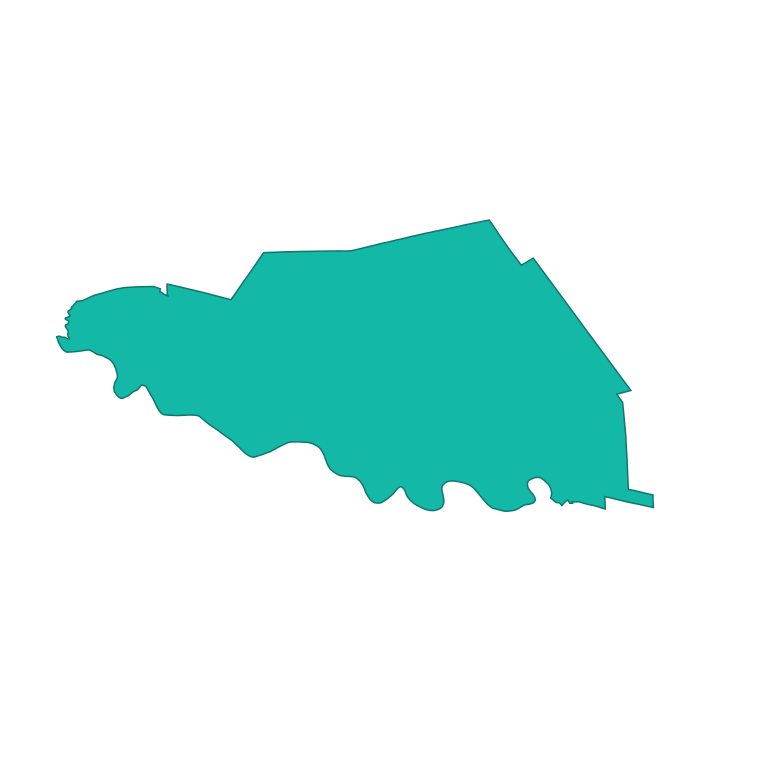 the district of Duc Hoa, Long An, Vietnam, rotated 313°
{"feature_id": "81297802B22890149890322", "entity_name": "Duc Hoa", "entity_type": "district", "adm_level": 2, "iso_a3": "VNM", "parent_name": "Vietnam", "parent_adm1": "Long An", "projection": "equal_earth", "projection_center": [106.359, 10.884], "detail": "fine", "context": "isolated", "style": "filled", "palette": "teal", "viewbox_px": 768, "rotation_deg": 313, "n_neighbors": 0, "source": "geoboundaries", "source_scale": "gbopen_adm2", "svg_char_len": 6027}
<svg xmlns="http://www.w3.org/2000/svg" viewBox="0 0 768 768"><g transform="rotate(313 384 384)"><path d="M486.3,656.4L486.2,656.2L482.8,650.4L478.7,643.1L477.1,640.3L473.6,634.5L485.9,622.0L486.2,621.7L489.9,617.9L492.7,615.0L493.4,614.4L493.5,614.4L497.0,610.7L501.9,605.5L507.9,599.3L510.2,597.1L511.5,595.5L512.5,594.4L513.4,593.5L516.5,590.0L519.6,586.4L521.9,583.9L522.9,582.8L526.2,579.1L527.6,577.6L533.2,571.1L535.3,561.2L547.6,569.0L561.0,497.0L569.8,450.2L577.8,407.3L564.5,403.4L565.7,396.7L567.4,387.0L569.1,378.4L571.7,366.6L573.9,357.4L574.0,356.9L574.2,356.1L575.6,349.1L571.4,346.0L568.2,343.8L563.6,340.4L555.6,334.7L554.9,334.2L550.3,331.2L543.1,326.1L534.7,320.2L532.7,318.8L532.3,318.5L527.6,315.2L521.4,310.8L515.4,306.8L511.0,303.8L509.9,303.0L508.5,302.1L506.7,301.0L502.2,297.9L496.7,294.2L489.3,289.3L485.0,286.2L479.1,282.5L474.6,279.5L467.3,274.7L464.0,272.5L459.0,269.1L458.6,268.8L454.6,264.7L449.8,259.5L444.6,254.0L439.5,248.7L438.1,247.2L434.7,243.7L429.7,238.6L429.1,237.9L424.2,232.8L419.0,227.5L418.3,226.8L413.4,221.7L409.8,218.1L408.4,216.8L403.5,211.9L398.2,206.6L397.5,206.5L396.6,206.5L384.2,208.5L377.0,209.6L369.4,210.6L368.1,210.8L361.2,211.7L347.8,213.7L341.6,214.5L341.3,214.5L341.1,214.3L340.6,213.4L338.4,209.3L332.9,199.1L328.3,190.6L327.7,189.5L325.3,185.2L324.9,184.6L317.2,171.0L317.2,170.9L309.2,157.2L309.0,157.3L307.1,159.0L305.6,160.4L304.3,161.8L302.1,164.0L301.5,164.9L301.1,165.7L300.4,164.2L299.8,162.8L299.8,162.7L299.5,161.4L299.4,158.9L298.3,157.4L301.1,155.5L298.0,148.8L295.3,146.0L285.8,136.3L278.0,128.9L271.3,123.7L260.8,117.4L250.7,111.3L239.3,106.6L234.7,102.7L234.5,102.9L234.3,103.1L234.1,103.2L233.5,103.2L232.5,103.2L231.5,103.1L230.6,103.1L229.7,103.2L228.9,103.3L228.5,103.4L227.8,103.2L227.6,103.1L227.3,103.0L227.2,103.0L226.8,103.1L226.6,103.2L226.4,103.5L226.2,103.9L226.0,104.1L225.7,104.1L225.3,104.1L225.0,104.1L223.9,103.7L222.9,103.3L222.3,103.3L221.8,103.3L221.3,103.6L221.1,103.8L220.9,104.1L220.6,104.5L220.3,105.3L220.3,106.5L220.1,107.7L219.8,108.0L219.6,108.1L219.0,108.1L218.5,107.9L217.5,107.4L216.3,106.7L215.4,106.2L215.1,106.0L214.7,106.0L214.4,106.3L214.2,106.6L214.2,107.0L214.2,107.5L214.4,108.1L214.5,108.7L214.7,109.2L214.8,110.3L214.7,110.7L214.5,111.1L214.3,111.2L214.1,111.4L213.8,111.4L213.4,111.4L213.2,111.4L212.9,111.7L212.5,112.0L212.2,112.0L211.9,111.9L211.7,111.8L211.4,111.5L211.1,111.3L210.9,111.1L210.5,110.9L210.0,110.9L209.7,110.9L209.4,111.1L209.1,111.4L208.9,111.7L208.6,112.1L208.2,113.6L207.6,116.0L207.3,116.8L207.0,117.2L206.8,117.5L206.4,117.8L205.9,118.0L205.5,118.2L204.9,118.5L204.3,119.2L203.9,119.7L203.7,120.0L203.5,120.4L203.4,121.1L203.3,121.5L203.2,122.0L203.1,122.4L202.9,122.7L202.7,123.0L202.4,123.1L202.1,123.0L201.9,122.8L201.7,122.6L201.4,122.2L201.2,121.7L201.0,120.6L200.7,119.6L200.5,118.9L200.3,118.5L199.8,117.8L199.3,117.4L198.7,116.7L198.5,116.3L198.3,115.8L198.1,115.1L197.8,114.3L197.2,113.6L196.5,113.1L195.3,112.4L192.2,118.1L190.3,124.7L190.2,126.6L190.5,129.2L191.1,130.4L193.8,133.1L199.7,138.4L204.7,142.4L207.2,144.4L208.0,145.6L208.4,146.6L208.9,148.5L209.4,150.7L209.7,152.8L210.0,153.9L210.8,155.5L212.3,157.9L213.1,160.0L213.9,163.3L214.4,164.9L214.7,165.8L214.9,167.3L214.9,168.8L214.7,170.5L214.2,172.7L212.4,177.0L209.4,182.1L207.6,184.1L205.6,185.1L201.9,186.0L197.4,188.5L194.6,191.9L194.6,192.0L193.7,195.3L193.5,198.4L193.8,200.9L194.2,201.5L195.3,202.7L198.9,204.0L201.5,205.2L204.7,205.5L207.7,206.0L211.0,207.5L212.4,207.6L214.8,207.5L216.7,207.3L218.0,207.7L218.8,208.6L219.6,210.6L219.8,212.1L219.2,213.9L217.3,219.9L215.5,225.7L212.3,233.9L211.2,237.7L210.8,240.1L210.8,241.7L211.5,244.1L214.1,247.5L219.6,254.0L221.8,256.2L229.0,263.2L233.0,267.9L234.0,269.8L234.5,271.2L234.6,273.4L235.1,282.4L235.6,286.4L237.0,295.1L237.1,296.9L237.5,300.6L237.7,302.0L238.6,308.5L239.1,313.0L239.0,317.1L238.7,327.5L238.7,329.6L239.1,332.5L239.6,334.8L240.7,337.4L242.1,339.0L246.0,341.2L249.6,343.2L254.6,345.7L257.5,347.2L258.3,347.4L268.0,350.6L274.1,353.0L276.1,354.0L276.3,354.2L278.7,356.0L283.9,361.6L289.1,367.7L291.8,372.6L293.2,377.9L293.3,379.4L293.2,381.6L292.9,383.4L291.2,388.6L287.1,396.4L286.2,398.8L285.3,401.6L285.2,403.2L285.2,404.8L285.5,408.1L286.3,412.1L287.0,414.0L288.8,416.8L289.9,418.5L292.5,421.4L294.4,423.8L295.5,425.4L296.1,426.8L296.3,427.7L296.4,428.8L296.5,432.2L296.3,434.5L295.4,437.9L293.5,442.2L292.3,444.3L291.1,448.3L290.2,452.0L290.1,453.1L290.1,455.3L290.9,458.3L292.1,460.0L294.0,462.1L295.7,463.1L299.3,464.0L302.6,464.8L305.5,465.1L306.5,465.3L310.5,465.6L316.1,465.2L318.2,465.4L319.1,465.6L319.8,466.0L320.4,466.5L320.8,467.2L320.9,467.6L320.9,468.4L320.9,469.4L320.7,470.7L319.4,473.8L317.9,476.6L317.3,479.3L316.9,482.4L317.0,487.2L317.6,490.6L319.4,496.6L320.6,499.9L322.6,503.5L325.2,506.6L328.4,508.8L331.0,509.9L332.8,510.2L334.5,510.1L336.5,509.5L338.8,508.1L340.9,505.8L343.3,502.5L345.3,499.4L346.8,497.8L348.0,496.7L349.2,496.2L349.3,496.2L351.1,496.0L353.9,496.2L355.7,496.9L358.3,498.6L361.4,502.1L364.8,507.4L367.0,511.6L368.4,515.2L368.9,518.7L368.9,522.1L368.4,527.1L367.5,533.5L367.0,537.1L366.6,541.6L366.6,542.6L366.9,545.5L367.5,548.5L369.0,551.3L369.7,552.6L371.5,556.0L372.8,558.3L375.0,560.9L379.1,564.4L382.0,566.3L385.7,567.5L390.6,568.9L392.0,569.7L395.7,572.6L398.4,574.0L399.6,574.3L401.1,574.2L402.1,573.9L402.6,573.5L403.9,571.6L404.5,569.9L404.9,568.0L405.3,564.3L406.1,560.8L407.1,558.9L408.5,557.3L409.9,556.3L411.1,555.8L412.8,555.8L414.7,556.4L418.0,557.9L420.1,559.6L421.3,561.1L421.9,561.9L422.3,563.0L422.7,565.4L422.8,567.6L422.8,569.4L422.7,571.9L422.5,573.9L421.6,576.5L419.7,579.6L418.5,581.1L417.4,582.0L414.4,583.7L414.6,589.3L414.9,590.9L416.5,592.9L416.7,593.6L416.6,595.6L416.5,597.0L418.7,596.9L423.0,597.1L424.5,597.6L423.5,601.2L425.4,603.3L426.1,602.1L430.6,606.7L432.2,609.8L434.9,615.0L438.9,621.6L443.4,631.1L447.8,626.8L452.2,622.2L454.4,625.9L464.5,643.9L469.3,651.6L477.4,665.3L483.9,658.5L486.3,656.4Z" fill="#14b8a6" stroke="#0f766e" stroke-width="1.5"/></g></svg>